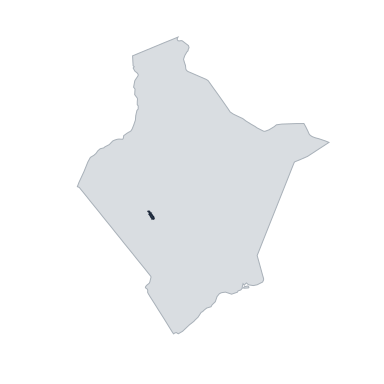 location of Gatundu South, Central, Kenya, rotated 22°
{"feature_id": "3690345B82721742326841", "entity_name": "Gatundu South", "entity_type": "district", "adm_level": 2, "iso_a3": "KEN", "parent_name": "Kenya", "parent_adm1": "Central", "projection": "orthographic", "projection_center": [36.813, -0.954], "detail": "fine", "context": "in_parent", "style": "filled", "palette": "slate", "viewbox_px": 384, "rotation_deg": 22, "n_neighbors": 0, "source": "geoboundaries", "source_scale": "gbopen_adm2", "svg_char_len": 4274}
<svg xmlns="http://www.w3.org/2000/svg" viewBox="0 0 384 384"><g transform="rotate(22 192 192)"><path d="M83.7,230.0L83.6,225.4L84.2,213.6L84.2,203.2L84.8,198.0L87.3,194.7L88.5,192.3L89.3,189.0L90.7,186.3L93.7,184.1L94.3,182.8L97.5,179.1L99.4,174.4L100.9,172.8L102.7,171.3L104.0,170.5L106.1,169.7L107.7,169.2L108.0,168.9L108.2,168.1L107.6,165.2L108.3,164.2L109.5,162.2L110.8,160.4L111.9,159.2L112.6,158.0L112.9,155.9L112.9,154.5L112.9,152.1L112.6,146.6L111.2,142.1L110.4,137.0L111.0,135.3L109.9,132.3L109.4,132.1L108.5,131.5L107.4,128.7L106.6,126.1L106.0,125.4L102.4,123.2L100.6,117.9L98.6,116.7L97.5,111.4L97.3,109.9L98.4,104.7L98.3,103.5L97.1,102.4L93.7,101.3L91.0,99.1L91.3,98.3L91.5,97.5L90.1,97.0L85.9,88.0L91.3,82.7L96.9,77.2L103.9,70.3L110.4,63.9L116.0,58.5L121.0,53.6L120.9,54.5L120.9,55.7L121.5,56.5L122.5,57.0L124.0,56.5L125.2,55.7L126.4,55.5L133.9,57.6L135.2,59.3L135.1,61.3L135.4,62.6L134.8,64.0L134.2,68.2L134.4,72.1L136.6,74.9L138.6,77.2L140.2,80.3L141.4,81.3L143.0,81.8L148.2,81.9L155.8,82.1L163.1,82.3L163.8,82.4L165.4,82.8L172.1,87.1L178.3,91.0L183.6,94.4L188.7,97.7L193.6,100.9L197.4,103.5L201.2,104.3L207.4,104.7L211.6,104.9L215.6,106.0L221.4,107.0L225.8,107.6L228.4,108.2L235.7,108.8L236.9,108.4L240.1,105.5L243.7,100.7L245.1,98.1L249.8,95.4L257.9,91.8L263.7,89.2L270.1,86.6L273.0,88.9L277.0,92.5L278.8,94.3L280.3,95.1L282.5,95.6L285.1,95.6L286.6,95.5L289.5,95.1L296.5,94.7L300.4,94.7L297.1,99.5L293.1,105.2L285.8,115.7L280.3,121.3L276.0,125.5L275.7,126.2L275.7,130.9L275.8,142.4L275.9,165.3L276.0,188.2L276.1,211.2L276.2,222.6L276.2,226.5L279.9,231.3L283.5,236.0L288.3,242.3L290.9,245.6L291.3,246.7L291.2,249.0L287.2,253.6L283.9,255.8L279.6,256.8L278.3,256.6L276.6,255.9L275.9,257.0L275.4,258.8L274.4,258.4L273.7,257.9L274.1,261.0L274.6,262.5L273.9,264.6L271.8,266.4L271.6,267.9L267.0,271.9L260.5,272.3L257.1,274.3L255.5,276.0L254.4,279.5L254.7,285.0L252.9,289.1L252.6,291.3L249.2,294.0L247.7,296.5L246.6,299.0L245.6,300.1L244.5,305.8L242.9,309.3L242.5,310.4L242.1,311.4L240.9,313.5L240.1,314.9L239.5,315.8L235.5,324.6L232.4,328.6L230.0,328.2L228.4,329.7L228.2,330.4L227.3,330.0L225.3,328.6L221.2,325.6L217.0,322.5L212.9,319.5L208.7,316.5L204.5,313.5L200.4,310.5L196.2,307.5L192.0,304.5L189.6,302.7L188.5,301.7L187.7,299.6L187.3,299.1L186.1,298.5L184.8,298.3L184.5,297.9L184.5,296.9L184.9,295.5L186.5,292.7L186.6,291.1L186.3,289.2L185.9,286.3L185.4,285.6L182.7,284.1L176.9,280.8L171.1,277.6L165.3,274.4L159.5,271.1L153.7,267.9L147.9,264.7L142.1,261.4L136.3,258.2L130.5,254.9L124.7,251.7L118.9,248.5L113.1,245.2L107.3,242.0L101.5,238.8L95.7,235.5L89.9,232.3L87.7,231.1L85.8,230.0L83.7,230.0ZM276.5,261.6L275.5,261.8L276.0,260.2L279.0,258.2L280.2,258.7L280.5,259.1L280.4,259.6L279.9,260.0L276.5,261.6Z" fill="#d9dde1" stroke="#a8b0b8" stroke-width="1"/><path d="M158.6,225.7L158.6,226.5L158.8,226.5L159.0,226.5L159.1,226.4L159.3,226.4L159.4,226.5L159.5,226.5L159.7,226.8L159.8,226.8L160.0,226.9L160.1,227.0L160.3,227.1L160.4,227.3L160.5,227.3L160.6,227.5L160.8,227.6L160.6,227.8L160.9,228.2L160.8,228.3L160.7,228.5L160.7,228.8L160.7,228.7L160.7,228.8L160.8,228.8L161.0,228.9L161.2,229.0L161.3,229.0L161.5,229.1L161.7,229.3L161.8,229.3L161.7,229.3L161.8,229.4L162.0,229.4L162.1,229.5L162.3,229.6L162.4,229.8L162.5,229.8L162.6,230.0L162.8,230.1L163.0,230.3L163.2,230.5L163.3,230.5L163.5,230.6L163.7,230.8L163.8,230.8L163.8,231.0L164.0,231.1L164.3,231.2L164.5,231.3L164.8,231.4L164.9,231.5L165.0,231.5L165.4,231.4L165.5,231.4L165.5,231.5L165.6,231.4L165.6,231.5L165.8,231.6L166.0,231.6L166.3,231.5L166.5,231.5L166.7,231.1L166.4,231.0L166.4,230.8L166.5,230.8L166.5,230.6L166.4,230.5L166.4,230.4L166.3,230.2L166.2,230.2L166.0,229.9L165.9,229.9L165.7,229.8L165.7,229.7L165.6,229.4L165.4,229.2L165.2,229.2L165.2,229.3L165.1,229.5L165.0,229.4L164.9,229.3L164.9,229.2L164.7,229.2L164.4,229.1L164.3,228.9L164.2,228.7L163.9,228.6L163.7,228.6L163.5,228.3L163.4,228.3L163.4,228.2L163.2,228.2L163.0,227.9L162.9,227.8L162.7,227.8L162.5,227.7L162.4,227.7L162.2,227.7L161.9,227.5L161.9,227.4L161.8,227.5L161.7,227.5L161.6,227.4L161.5,227.2L161.4,227.1L161.2,227.0L161.0,226.9L160.9,226.9L160.7,226.7L160.4,226.4L160.2,226.2L159.9,226.1L159.7,226.0L159.4,225.9L159.2,225.9L158.9,225.9L158.6,225.8L158.6,225.7Z" fill="#64748b" stroke="#1e293b" stroke-width="1.5"/></g></svg>